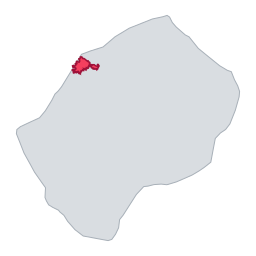 Tsuili-Tsuili, Leribe, Lesotho shown in context
{"feature_id": "5366337B67330505907526", "entity_name": "Tsuili-Tsuili", "entity_type": "district", "adm_level": 2, "iso_a3": "LSO", "parent_name": "Lesotho", "parent_adm1": "Leribe", "projection": "albers", "projection_center": [27.748, -29.04], "detail": "fine", "context": "in_parent", "style": "filled", "palette": "rose", "viewbox_px": 256, "rotation_deg": 0, "n_neighbors": 0, "source": "geoboundaries", "source_scale": "gbopen_adm2", "svg_char_len": 5039}
<svg xmlns="http://www.w3.org/2000/svg" viewBox="0 0 256 256"><path d="M176.4,181.9L167.8,184.5L166.6,184.7L161.2,184.1L153.9,184.6L148.1,186.1L143.7,186.6L136.4,194.4L123.1,215.2L119.6,219.6L118.6,227.8L115.5,234.3L111.8,239.4L108.1,240.6L97.2,238.6L83.2,236.0L75.0,229.7L67.7,221.4L63.9,215.3L59.9,212.0L58.5,210.2L52.8,207.4L50.6,206.0L48.7,204.9L46.4,200.9L45.0,197.5L45.5,187.7L41.4,182.0L34.5,172.1L30.1,164.0L24.0,153.0L20.3,143.5L16.4,133.7L16.9,129.5L20.5,126.6L31.2,121.6L39.5,117.8L45.4,110.7L51.8,100.3L55.0,94.0L58.1,91.1L61.6,86.7L67.6,76.9L74.3,66.0L81.5,54.3L90.6,50.9L103.0,47.0L115.0,36.8L129.2,28.2L152.3,19.0L163.0,16.7L167.1,15.4L169.6,17.1L172.3,22.5L176.2,27.0L185.2,34.9L189.0,36.8L198.3,48.4L208.2,56.5L219.6,65.7L227.3,70.3L231.3,71.7L234.5,79.8L237.7,85.8L239.6,91.5L239.1,96.9L235.3,110.3L229.9,123.9L225.6,129.5L220.4,133.0L215.3,138.4L213.2,149.3L210.8,162.2L204.2,167.4L199.1,170.9L192.0,175.1L176.4,181.9Z" fill="#d9dde1" stroke="#a8b0b8" stroke-width="1"/><path d="M79.1,73.6L79.5,73.4L79.6,73.6L79.8,73.7L79.7,73.5L79.8,73.4L80.0,73.4L80.0,73.2L80.2,73.4L80.3,73.4L80.5,73.2L80.4,73.0L80.3,72.9L80.5,72.5L80.7,71.8L80.9,71.7L81.0,71.6L81.2,71.8L81.3,71.8L81.3,71.4L81.2,71.2L81.3,71.1L81.5,71.0L81.7,70.9L81.8,70.8L81.7,70.7L82.0,70.7L82.5,70.6L82.8,70.6L82.8,70.4L83.0,70.4L82.9,70.1L83.1,70.2L83.0,69.9L83.1,69.6L83.3,69.5L83.4,69.3L83.5,69.3L83.5,69.1L83.9,69.4L83.9,69.2L83.8,68.9L84.1,69.1L84.2,68.9L84.2,68.7L84.2,68.8L84.3,68.9L84.4,69.0L84.6,69.0L84.7,68.8L84.8,68.9L84.8,69.1L85.1,69.2L85.0,69.3L85.1,69.5L85.4,69.6L85.7,69.9L85.9,70.0L85.9,69.8L86.0,69.6L85.8,69.5L85.9,69.3L85.8,69.0L86.0,69.0L85.9,68.8L86.1,68.6L86.2,68.3L86.3,68.3L86.4,68.2L86.2,68.1L86.4,68.0L86.5,68.1L86.5,67.9L86.5,67.7L86.7,67.8L86.9,68.1L86.8,68.4L86.9,68.5L87.3,68.2L87.6,68.0L87.6,68.3L87.8,68.3L87.9,68.0L87.9,67.8L88.0,67.7L87.9,67.3L88.0,67.1L88.2,67.3L88.3,67.4L88.3,67.2L88.8,67.0L88.7,66.6L88.7,66.4L88.7,66.2L88.7,65.9L88.8,65.9L89.0,66.4L89.1,66.5L89.2,66.4L89.1,66.2L89.3,66.1L89.3,65.8L89.5,66.1L89.8,65.9L90.0,66.0L90.2,65.7L90.5,65.7L91.1,66.1L91.0,66.3L91.3,66.3L91.1,66.5L91.3,66.7L91.3,66.8L91.1,66.8L91.4,67.0L91.5,67.5L91.4,67.7L91.5,67.8L92.1,67.8L92.5,67.9L92.6,68.1L92.8,68.1L92.6,68.3L93.0,68.5L93.3,68.9L93.3,69.0L93.6,68.9L93.8,69.0L94.0,68.8L94.4,68.9L94.7,68.8L94.7,69.1L94.8,69.1L94.8,68.9L95.0,68.9L95.2,69.3L95.4,69.4L95.5,69.6L95.5,69.3L95.6,69.2L95.9,69.1L96.0,68.9L96.3,68.8L96.4,69.1L96.4,69.3L96.6,69.5L96.8,69.8L97.0,69.5L97.2,69.4L97.3,69.3L97.0,69.2L97.2,68.9L97.4,69.0L97.6,68.8L97.6,68.5L97.6,68.3L97.8,68.2L98.1,67.9L98.3,67.3L98.5,66.9L98.8,66.6L98.9,66.3L99.0,66.2L99.0,65.9L99.0,65.7L98.8,65.6L98.7,65.3L98.5,65.2L98.3,64.6L98.1,64.4L97.9,64.4L97.6,64.4L97.5,64.5L97.8,64.8L97.8,65.3L97.8,65.5L97.7,65.7L97.7,65.9L97.3,66.2L97.2,66.1L97.0,66.3L96.7,66.1L96.1,65.9L95.9,65.8L95.7,65.7L95.3,65.7L95.2,65.6L94.9,65.3L94.8,65.2L94.7,65.1L94.5,64.9L94.2,64.7L93.9,64.7L93.6,64.8L93.3,64.8L92.9,64.8L92.9,64.7L92.7,64.7L92.7,64.8L92.4,64.9L92.1,64.9L91.9,64.7L91.6,64.7L91.3,65.0L91.3,64.8L91.1,64.7L90.9,64.5L90.7,64.5L90.3,64.8L90.2,64.8L89.8,64.7L89.6,64.4L89.3,64.0L89.4,63.8L89.8,63.4L89.9,63.0L89.7,62.8L89.7,62.4L89.4,62.2L88.9,62.1L88.8,61.8L88.6,61.7L88.4,61.5L88.1,61.3L88.1,61.1L87.9,61.2L87.8,60.9L87.7,60.9L87.6,61.2L87.4,61.3L87.3,61.2L87.2,61.1L87.1,60.8L86.9,60.6L86.6,60.5L86.4,60.4L86.2,60.2L85.8,59.9L85.4,59.5L85.0,59.3L84.8,59.1L84.6,58.9L83.9,58.5L83.6,58.4L83.3,58.7L82.8,58.6L82.3,58.1L82.2,57.8L82.2,57.6L82.0,57.4L82.0,57.2L81.8,56.9L81.4,57.0L80.8,56.8L80.4,57.0L80.5,57.3L80.3,57.6L80.4,57.9L80.3,58.1L80.1,58.4L79.8,58.6L79.7,58.9L79.4,59.0L79.1,58.8L78.9,58.8L79.0,59.8L79.6,59.8L79.6,60.1L79.5,60.5L79.7,60.8L79.7,61.2L79.5,61.7L79.3,62.1L79.1,62.1L78.6,62.1L78.3,62.0L78.2,61.8L77.7,61.6L77.3,61.4L76.9,61.2L76.7,61.2L76.5,61.3L76.4,61.6L76.3,62.6L76.9,63.2L76.9,63.4L76.9,63.5L76.7,63.6L76.3,63.5L76.4,63.9L76.0,63.9L75.7,63.7L75.4,63.7L75.2,63.8L75.2,64.0L75.6,64.3L75.7,64.5L75.8,65.1L75.5,65.7L75.4,65.7L74.4,65.9L74.1,66.2L73.8,66.0L73.6,65.8L73.5,65.4L73.4,65.4L73.1,65.5L72.5,65.8L72.7,66.6L72.8,67.0L73.3,66.9L73.6,67.0L73.5,67.5L73.8,67.6L74.0,67.1L74.2,66.9L74.5,67.1L74.9,67.7L75.0,67.8L75.5,67.8L75.8,68.1L75.6,68.5L75.9,68.9L75.8,69.1L75.6,69.4L75.5,69.5L75.0,69.5L74.9,69.3L74.5,69.8L74.4,70.3L74.2,70.3L74.0,70.2L73.8,69.8L73.3,69.4L72.9,69.5L72.5,69.6L72.3,69.9L72.2,70.0L72.3,70.2L72.5,70.2L73.0,70.2L73.4,70.7L73.4,70.9L73.2,71.1L73.1,71.3L73.2,71.5L73.5,71.9L73.3,72.4L73.4,72.7L73.7,72.5L73.9,72.6L74.0,72.6L74.1,72.8L74.3,72.5L74.0,72.5L73.8,71.9L74.3,71.4L74.7,71.9L74.9,72.0L75.0,72.2L75.3,72.3L75.4,72.2L75.3,71.9L75.2,71.7L75.6,71.5L75.9,71.9L75.9,72.2L76.0,72.4L76.2,72.8L76.5,72.7L76.4,72.3L76.6,72.3L76.7,72.1L76.6,71.9L76.8,71.7L77.0,71.6L77.4,71.7L77.6,72.0L77.8,72.3L78.0,72.3L78.0,72.2L77.9,72.1L78.1,72.0L78.1,71.9L78.1,71.7L77.9,71.6L78.1,71.3L78.3,71.5L78.6,71.7L78.7,71.9L78.4,72.2L78.4,72.6L78.7,72.8L78.7,73.0L78.9,73.0L79.0,73.2L79.0,73.5L79.1,73.6Z" fill="#f43f5e" stroke="#9f1239" stroke-width="1.5"/></svg>